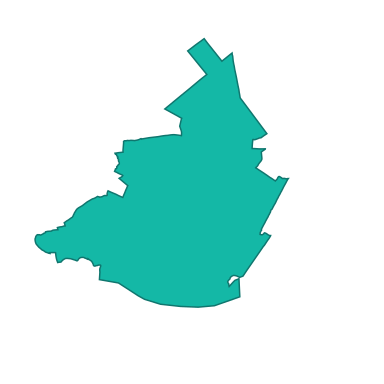 Falcoiu, Olt, Romania (orthographic projection), rotated 126°
{"feature_id": "2599482B90480034869987", "entity_name": "Falcoiu", "entity_type": "district", "adm_level": 2, "iso_a3": "ROU", "parent_name": "Romania", "parent_adm1": "Olt", "projection": "orthographic", "projection_center": [24.388, 44.224], "detail": "fine", "context": "isolated", "style": "filled", "palette": "teal", "viewbox_px": 384, "rotation_deg": 126, "n_neighbors": 0, "source": "geoboundaries", "source_scale": "gbopen_adm2", "svg_char_len": 6034}
<svg xmlns="http://www.w3.org/2000/svg" viewBox="0 0 384 384"><g transform="rotate(126 192 192)"><path d="M315.8,289.1L316.2,290.3L316.7,290.8L317.0,291.5L317.5,292.0L317.8,292.1L318.6,292.3L320.2,292.1L321.0,291.7L321.9,291.5L322.3,291.3L323.1,290.7L324.4,289.4L324.9,288.7L325.5,287.8L325.7,287.4L326.0,286.3L326.7,283.4L326.8,281.3L327.0,279.8L327.0,279.1L326.9,278.6L326.8,278.1L326.7,277.9L326.7,275.6L326.6,274.8L326.2,273.7L325.7,271.8L325.2,270.8L324.7,271.5L324.2,270.9L321.5,267.2L321.3,266.7L323.9,264.3L325.7,262.4L326.5,261.4L328.0,259.2L327.6,258.9L327.2,258.4L326.4,257.7L326.1,257.2L325.6,256.8L325.1,256.7L323.7,256.7L321.8,256.1L320.7,255.6L320.1,255.2L319.9,255.0L319.1,254.0L317.4,251.1L317.1,250.4L316.7,249.1L316.3,248.1L316.2,247.5L315.8,246.7L315.8,246.2L315.6,245.9L315.4,244.8L315.3,244.6L315.2,244.5L314.8,244.3L313.9,244.2L313.2,244.3L312.6,244.3L312.0,244.2L310.9,243.8L310.2,243.3L309.2,242.1L308.6,241.1L308.4,240.4L308.5,240.1L308.3,239.5L308.0,238.5L307.8,236.9L307.4,236.1L307.1,236.4L307.1,235.3L307.1,234.4L307.1,233.7L307.0,232.8L307.1,232.4L307.8,230.8L308.6,229.3L309.0,229.0L309.3,228.4L309.4,228.0L309.3,227.5L308.9,226.9L308.7,226.7L308.3,226.6L308.0,226.4L307.7,225.9L307.3,225.5L306.7,225.1L306.2,224.8L305.7,224.2L305.0,223.3L305.0,223.1L305.0,222.8L305.3,222.5L305.6,222.3L307.5,221.7L308.6,221.3L308.9,221.1L310.3,220.0L310.8,219.5L317.3,215.4L308.8,198.0L307.6,174.8L306.7,167.3L301.3,151.5L291.3,134.0L281.5,119.3L270.8,107.0L248.7,91.7L234.5,103.1L235.2,103.4L237.5,104.9L238.1,105.3L238.6,105.4L240.4,105.7L246.6,106.4L246.3,106.8L245.3,107.8L244.6,108.5L244.5,108.8L244.4,109.2L244.2,109.8L243.5,110.4L242.1,110.6L240.0,110.2L239.3,110.6L238.0,110.7L236.5,110.2L235.2,109.5L234.4,108.3L233.7,106.7L233.1,103.8L232.8,103.1L232.4,102.9L231.0,101.9L230.1,101.3L223.2,101.6L201.2,102.1L193.7,102.3L193.0,102.1L186.8,102.4L184.4,102.4L181.6,102.6L181.0,102.8L181.4,103.4L181.7,103.8L181.9,105.2L181.9,107.4L182.3,109.2L182.9,109.5L183.3,109.5L183.7,109.4L184.5,109.7L185.1,109.9L185.6,110.4L186.1,111.4L186.3,112.0L185.8,112.2L185.2,112.8L183.7,113.2L183.3,113.3L182.3,113.2L181.8,113.4L181.3,114.0L176.5,114.7L173.9,115.0L172.5,115.3L170.7,115.5L168.8,115.8L167.9,115.8L166.6,116.1L165.6,116.3L164.7,116.3L164.3,116.4L164.2,116.5L163.1,116.6L161.9,116.8L160.8,117.4L160.3,117.5L160.1,117.5L159.3,117.2L158.7,117.2L156.3,117.6L155.4,117.7L154.1,117.9L152.6,118.0L151.1,118.2L150.8,118.3L147.7,118.9L146.3,119.0L144.3,119.4L142.1,119.6L139.9,120.0L138.4,120.1L137.6,120.3L136.7,120.4L133.9,120.9L131.4,121.2L129.7,121.4L127.1,121.8L125.4,122.0L124.9,122.0L124.5,122.0L124.8,122.4L125.4,122.9L125.6,123.0L126.1,123.9L126.3,124.4L126.5,124.9L126.6,125.2L127.0,125.5L127.1,125.8L127.5,126.3L128.0,126.8L128.0,127.0L127.9,127.2L127.9,127.3L127.9,128.2L127.9,128.5L128.0,129.1L128.0,130.0L128.1,130.3L128.3,130.7L128.8,131.0L129.2,131.0L130.0,131.0L131.0,130.8L131.6,130.7L132.4,130.8L133.6,131.1L134.1,131.1L134.2,135.6L134.3,136.9L134.4,137.3L134.4,140.7L134.5,143.8L134.5,144.6L135.0,154.7L134.4,154.7L133.3,154.4L132.1,154.3L131.3,154.4L130.1,154.6L127.9,154.5L126.1,154.4L125.5,154.5L124.9,154.6L124.2,154.9L123.5,155.4L119.3,159.1L118.9,159.4L118.3,159.3L114.4,157.9L114.0,158.1L117.6,162.9L120.1,166.9L121.5,168.9L120.5,169.6L116.8,171.9L113.8,173.6L113.6,173.5L113.0,172.2L112.6,171.8L110.0,170.0L108.8,169.3L108.0,168.5L107.5,168.0L104.3,167.0L100.8,165.7L88.6,204.9L87.7,208.0L87.3,208.6L85.0,210.9L83.6,212.4L81.8,214.1L78.4,217.9L77.6,218.7L77.6,218.8L76.7,219.7L73.1,223.5L67.8,229.4L65.5,231.7L64.1,233.3L61.6,235.9L60.9,236.5L58.1,239.0L57.3,240.1L56.0,241.3L68.6,244.7L62.5,266.8L60.8,272.3L70.4,275.4L80.4,278.4L85.8,258.2L88.2,249.1L97.2,251.6L97.7,251.7L110.8,255.0L119.9,257.4L140.8,262.8L138.4,243.7L138.7,243.7L141.3,242.6L146.0,240.6L148.7,236.8L149.3,236.1L149.9,235.5L151.3,234.5L152.6,233.7L154.2,236.8L156.2,240.3L157.0,241.3L158.5,243.0L160.5,245.0L162.1,246.9L164.9,249.8L166.4,251.2L167.4,252.2L170.8,255.9L173.1,258.4L178.6,263.8L178.9,264.0L178.7,264.3L178.7,264.5L178.9,264.7L180.9,265.8L182.2,266.8L184.2,268.7L185.0,270.1L185.6,271.0L186.2,271.9L187.1,272.8L187.7,273.6L188.2,274.5L188.6,274.9L188.8,275.0L189.3,275.4L189.7,276.0L190.1,276.6L190.3,276.8L190.5,276.9L191.1,277.0L191.5,277.0L192.3,276.3L198.7,272.4L200.3,271.2L203.4,274.6L205.9,277.1L206.1,276.8L206.4,276.2L206.1,276.1L205.9,275.8L205.9,275.5L206.0,275.2L206.2,274.9L206.8,274.3L206.9,273.9L207.0,273.5L207.0,273.2L206.9,273.1L207.4,272.3L207.7,272.2L207.8,272.6L208.2,272.2L208.6,271.7L208.7,270.8L209.2,270.2L209.6,270.1L210.1,269.7L210.3,269.4L210.8,268.4L211.1,268.0L211.6,267.6L211.8,267.5L212.3,267.4L213.7,267.7L215.0,267.5L215.4,267.8L215.7,267.8L216.0,267.7L216.5,267.1L216.9,266.9L217.4,266.9L217.7,267.0L218.1,267.4L218.5,267.5L219.2,267.1L220.2,266.9L220.8,266.8L220.8,266.5L220.7,265.9L220.3,264.3L220.3,263.6L219.9,261.2L219.4,259.1L219.3,258.6L219.3,257.9L219.3,257.7L220.6,257.6L220.8,257.8L221.4,257.8L222.1,258.3L222.8,258.6L223.8,259.0L224.6,247.7L225.0,247.7L226.0,247.4L227.3,247.1L228.1,246.9L228.4,246.9L229.8,246.6L231.9,246.0L234.7,245.4L237.1,244.8L238.1,249.4L238.5,252.1L239.8,257.5L240.4,260.6L241.2,260.5L242.8,259.9L243.6,259.5L243.8,259.2L244.0,258.9L244.5,258.7L244.8,258.8L245.0,258.9L245.3,259.3L246.4,260.8L247.6,261.5L248.7,262.0L250.6,263.8L250.5,264.3L251.0,265.4L251.1,265.8L253.1,266.6L254.8,267.5L255.4,268.0L256.3,268.6L257.4,269.1L258.6,269.6L261.7,271.0L267.5,272.7L270.4,274.0L271.5,274.5L273.2,275.0L274.3,275.1L278.2,274.8L279.3,274.5L280.3,274.4L280.8,274.2L281.8,274.1L282.0,274.0L282.5,274.0L283.1,274.1L283.6,274.4L287.4,275.6L288.6,276.2L292.0,277.3L292.6,276.3L294.0,274.7L294.8,275.6L295.7,276.2L296.9,277.2L297.2,277.6L297.8,278.2L298.2,278.6L299.9,280.0L301.3,278.3L303.8,281.2L304.6,282.0L305.3,282.5L306.1,282.7L306.8,283.4L308.7,285.7L310.3,287.1L310.7,286.8L311.0,286.8L311.9,287.1L312.4,287.4L312.6,287.7L313.0,287.7L313.6,288.0L314.1,288.2L315.4,288.9L315.8,289.1Z" fill="#14b8a6" stroke="#0f766e" stroke-width="1.5"/></g></svg>